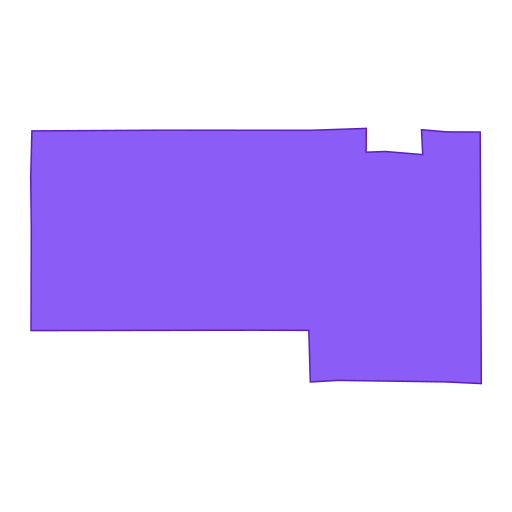 the district of Oneida, Wisconsin, United States of America
{"feature_id": "52423323B37624574401455", "entity_name": "Oneida", "entity_type": "district", "adm_level": 2, "iso_a3": "USA", "parent_name": "United States of America", "parent_adm1": "Wisconsin", "projection": "equal_earth", "projection_center": [-89.465, 45.683], "detail": "fine", "context": "isolated", "style": "filled", "palette": "violet", "viewbox_px": 512, "rotation_deg": 0, "n_neighbors": 0, "source": "geoboundaries", "source_scale": "gbopen_adm2", "svg_char_len": 379}
<svg xmlns="http://www.w3.org/2000/svg" viewBox="0 0 512 512"><path d="M31.9,130.9L30.7,177.3L31.3,228.2L31.0,330.6L254.5,330.2L308.8,330.4L310.3,382.0L337.8,380.4L445.8,381.9L481.3,383.6L481.1,333.2L480.2,132.0L446.8,131.9L421.5,129.7L422.7,154.6L385.4,151.5L366.1,152.2L366.3,128.4L310.1,130.3L160.8,130.2L31.9,130.9Z" fill="#8b5cf6" stroke="#5b21b6" stroke-width="1.5"/></svg>